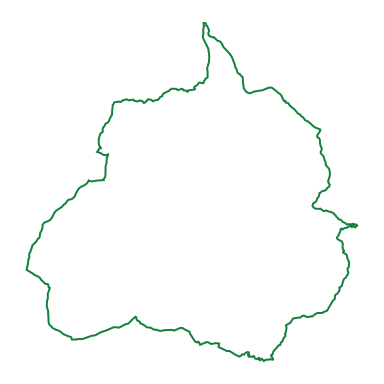 Naruja, Vrancea, Romania
{"feature_id": "2599482B65121117862407", "entity_name": "Naruja", "entity_type": "district", "adm_level": 2, "iso_a3": "ROU", "parent_name": "Romania", "parent_adm1": "Vrancea", "projection": "mercator", "projection_center": [26.773, 45.824], "detail": "fine", "context": "isolated", "style": "outline", "palette": "green", "viewbox_px": 384, "rotation_deg": 0, "n_neighbors": 0, "source": "geoboundaries", "source_scale": "gbopen_adm2", "svg_char_len": 5950}
<svg xmlns="http://www.w3.org/2000/svg" viewBox="0 0 384 384"><path d="M273.9,359.7L273.2,359.3L272.2,357.4L271.3,356.5L271.1,355.2L272.5,354.6L272.9,352.4L274.8,349.7L276.9,347.6L277.8,346.2L278.7,345.3L280.2,345.0L280.9,342.5L282.4,341.5L283.5,338.3L285.5,335.9L285.0,334.0L285.6,332.9L286.5,328.2L286.4,327.0L285.9,325.7L286.2,325.0L290.1,323.0L292.9,318.8L293.5,318.4L298.6,317.6L299.4,317.8L300.8,317.2L302.0,316.1L304.1,315.6L305.3,316.4L306.8,316.8L308.3,317.0L311.2,316.3L312.0,316.5L312.9,316.1L314.9,314.3L317.6,313.0L322.5,313.0L323.1,312.2L326.7,310.9L327.4,310.2L332.7,300.9L334.8,298.9L334.9,296.5L335.2,295.0L337.3,293.7L338.5,292.0L339.4,290.4L339.8,289.2L339.3,287.6L341.8,286.0L343.1,281.2L344.1,278.9L345.7,277.7L348.3,273.2L348.2,272.1L347.8,271.1L347.5,268.8L347.8,268.1L348.7,267.2L348.9,266.4L348.8,264.6L349.1,263.2L349.1,262.3L347.2,257.7L347.1,256.1L346.6,254.9L345.6,253.9L344.3,253.4L343.0,252.4L343.1,251.8L344.1,250.9L342.7,248.6L342.6,246.0L342.9,244.2L342.2,242.2L341.8,241.5L337.7,239.2L337.0,238.4L336.9,237.6L338.5,235.4L338.9,234.1L340.0,232.3L340.7,229.2L341.1,228.7L341.8,228.7L342.5,229.4L344.8,228.0L347.5,227.6L348.3,226.6L350.5,226.0L351.9,227.1L352.2,226.8L352.3,225.6L352.8,225.2L353.4,225.4L354.0,226.7L355.3,227.4L356.2,226.3L357.2,225.7L356.7,224.9L356.0,224.4L354.3,224.4L352.8,223.8L350.7,224.5L348.6,224.1L346.6,224.5L345.4,223.1L342.6,221.8L341.0,219.8L338.7,219.4L337.9,217.9L336.5,217.0L335.9,215.7L334.3,214.3L333.6,213.2L330.3,211.8L328.3,211.5L326.4,210.4L324.0,211.2L323.4,211.0L320.4,208.6L319.4,208.9L315.3,208.6L314.5,208.2L312.7,206.4L312.5,205.9L313.0,203.6L315.7,201.8L316.5,200.8L317.3,198.1L318.4,197.2L318.9,196.3L319.6,192.9L320.5,192.7L322.2,191.1L324.4,190.7L326.1,189.8L327.1,188.2L329.2,186.5L329.8,184.8L328.6,183.0L328.1,181.6L329.0,178.2L329.7,176.4L329.9,174.4L329.8,172.0L329.3,169.5L328.7,168.3L326.0,165.4L325.7,164.0L325.7,162.9L324.7,160.4L323.5,156.1L321.5,154.2L320.7,152.7L320.8,151.4L321.6,150.2L321.7,148.3L320.5,145.4L320.0,143.3L319.9,139.9L318.9,138.0L318.0,137.8L317.0,136.4L317.5,134.9L320.0,131.2L320.3,129.5L314.3,127.1L308.4,121.6L307.4,121.5L307.1,121.0L304.9,120.0L303.6,117.8L301.3,116.2L299.5,114.1L297.8,113.4L294.7,109.6L289.8,105.6L288.1,103.0L286.0,102.7L285.3,100.9L285.0,100.8L284.5,101.3L283.9,101.0L281.1,95.0L272.2,87.9L270.4,87.5L267.9,88.0L262.3,90.3L254.4,91.5L249.7,93.4L247.6,92.6L246.1,91.6L243.9,88.5L243.0,82.9L242.7,77.1L240.6,75.4L239.8,74.1L238.1,73.3L237.2,71.9L236.6,69.2L235.3,67.5L235.2,65.8L234.3,63.4L232.0,57.3L231.5,56.3L229.4,53.4L223.4,47.0L221.9,43.7L220.9,42.4L219.9,41.4L217.3,40.6L213.8,37.1L212.8,37.4L211.6,37.0L208.6,35.4L208.3,33.0L209.2,30.5L207.1,26.0L206.3,25.2L206.0,23.8L205.0,23.1L203.6,23.0L203.7,25.2L204.3,26.2L203.7,27.3L203.2,29.8L203.4,34.3L202.9,35.8L202.9,37.0L203.1,38.1L204.1,40.4L206.8,45.6L208.6,49.6L208.5,51.0L209.0,53.3L209.3,57.6L208.9,62.3L207.1,68.3L207.6,71.7L207.6,77.3L205.2,79.1L204.7,80.3L203.7,81.5L203.5,83.2L199.2,82.6L198.6,83.1L197.5,84.9L194.3,86.9L194.2,87.5L194.9,88.7L194.9,89.3L192.0,90.0L188.6,90.3L188.0,91.4L187.4,91.8L186.1,90.4L183.8,90.5L183.0,89.4L182.0,88.7L178.2,90.1L177.4,89.8L176.4,88.9L171.8,88.7L169.7,90.0L168.8,91.1L167.6,91.4L163.4,93.6L162.6,94.8L162.3,96.2L160.4,96.9L158.0,99.8L153.8,100.7L153.2,101.2L152.9,101.3L151.2,99.8L147.9,99.3L147.4,99.6L146.8,101.0L144.4,102.9L143.6,102.9L142.4,101.1L140.8,100.9L139.8,100.4L138.1,101.3L137.1,101.4L134.1,100.7L133.2,99.6L128.6,100.3L126.5,99.3L125.8,99.3L125.1,99.9L123.0,100.2L122.3,100.6L122.1,101.1L120.5,102.0L118.3,101.6L114.7,102.2L114.1,102.7L113.6,103.9L112.7,105.2L112.5,108.3L112.2,110.1L112.0,114.7L110.3,117.6L109.0,120.9L107.5,122.8L105.6,123.6L104.6,125.8L103.0,127.9L102.6,129.0L102.8,131.7L100.3,133.8L100.0,134.4L98.9,138.7L98.7,143.5L99.3,145.7L101.0,148.0L100.8,148.4L99.4,148.4L99.1,148.7L98.7,149.7L97.1,152.0L100.7,153.1L103.1,154.8L104.4,155.1L105.6,155.2L108.0,154.4L108.1,155.1L106.8,157.8L106.8,159.4L106.5,161.3L106.7,162.6L105.8,165.5L105.5,167.5L105.6,168.9L105.4,175.7L105.1,177.1L103.6,179.1L103.8,180.1L96.6,180.6L92.2,181.3L90.9,181.4L88.7,180.4L87.7,182.4L86.9,183.4L84.6,185.1L80.9,186.9L79.0,188.3L76.1,192.9L74.9,196.1L73.3,198.0L71.9,198.9L70.1,199.6L69.2,199.5L67.5,200.4L65.9,203.0L63.1,205.3L62.0,206.9L58.8,208.8L55.8,211.0L53.8,213.7L52.3,217.1L50.6,219.5L48.4,221.0L44.7,222.4L43.7,223.3L42.7,224.6L42.4,228.1L41.5,230.8L40.3,232.4L39.6,237.2L39.1,238.0L37.6,239.1L36.3,241.6L32.3,245.5L31.7,248.2L30.8,249.8L30.5,251.8L29.6,252.8L29.1,254.4L29.3,255.5L29.3,257.6L28.5,259.1L27.9,264.2L26.8,268.3L26.8,270.0L33.6,274.0L34.5,275.0L38.1,276.5L39.7,277.7L41.2,279.8L45.1,283.7L48.0,284.2L48.8,287.5L49.9,288.0L47.8,293.7L47.8,298.7L47.0,300.9L46.8,306.8L48.0,310.4L48.7,323.0L49.2,324.4L53.0,328.2L55.5,329.5L59.9,331.2L63.2,334.0L65.4,335.1L71.2,337.2L71.9,339.5L75.8,339.5L78.6,339.0L82.3,339.1L91.7,335.8L95.3,335.3L100.3,332.5L107.9,329.8L113.4,327.3L115.5,327.1L118.2,327.7L119.4,327.5L125.2,324.3L128.4,323.5L133.0,318.9L135.5,316.7L136.2,317.2L136.4,318.7L137.4,320.6L139.8,321.7L140.4,323.4L142.1,324.0L143.9,325.2L144.9,325.6L146.5,327.2L150.9,327.8L153.5,329.5L157.0,329.9L160.1,331.0L164.6,330.2L168.5,330.0L171.8,329.9L174.0,330.6L179.9,328.1L182.5,328.0L184.4,329.3L189.7,331.8L189.8,333.2L194.1,340.2L195.6,341.9L197.4,342.4L198.2,341.7L199.1,342.6L200.1,344.8L206.5,342.1L208.0,342.3L211.2,344.0L216.0,343.1L219.2,343.6L218.5,347.0L226.8,351.0L229.6,351.0L235.1,354.6L239.3,356.6L241.0,355.7L242.4,354.2L243.9,354.7L245.2,353.3L247.1,352.1L248.8,352.4L249.1,353.9L248.7,354.5L248.1,354.4L248.0,355.1L248.7,356.7L249.0,356.8L250.0,356.1L251.1,356.8L252.1,357.0L253.4,356.0L254.2,356.4L254.8,358.1L255.2,358.5L256.7,359.1L258.1,359.0L258.5,357.9L259.0,357.9L259.2,359.7L259.8,360.3L260.4,360.2L260.9,359.2L261.5,358.6L262.4,359.2L263.6,361.0L264.0,361.0L265.6,359.8L267.8,359.8L269.1,359.3L273.9,359.7Z" fill="none" stroke="#15803d" stroke-width="2"/></svg>